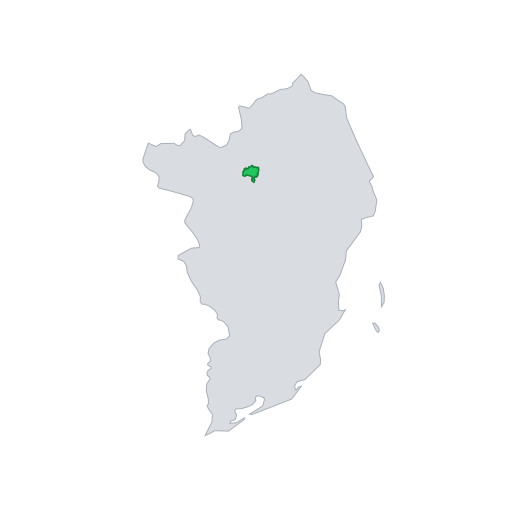 Villa de San Antonio, Comayagua, Honduras (highlighted), rotated 112°
{"feature_id": "27666195B41071058173253", "entity_name": "Villa de San Antonio", "entity_type": "district", "adm_level": 2, "iso_a3": "HND", "parent_name": "Honduras", "parent_adm1": "Comayagua", "projection": "equal_earth", "projection_center": [-87.548, 14.295], "detail": "fine", "context": "in_parent", "style": "filled", "palette": "green", "viewbox_px": 512, "rotation_deg": 112, "n_neighbors": 0, "source": "geoboundaries", "source_scale": "gbopen_adm2", "svg_char_len": 5209}
<svg xmlns="http://www.w3.org/2000/svg" viewBox="0 0 512 512"><g transform="rotate(112 256 256)"><path d="M441.5,235.9L426.1,234.7L418.9,237.2L415.7,242.7L413.0,245.3L410.7,244.7L406.1,246.9L399.2,251.8L392.9,253.7L387.3,252.5L385.7,253.7L385.3,255.4L384.5,257.0L382.3,257.8L379.8,257.4L377.0,255.6L375.5,256.3L375.4,259.6L373.9,260.5L371.0,258.9L367.8,260.1L364.2,264.0L359.2,264.8L352.7,262.6L347.6,258.4L344.1,252.2L339.8,250.6L332.4,255.2L329.3,260.6L328.6,263.9L329.3,266.9L328.0,268.9L324.5,269.9L321.9,273.5L320.1,279.8L319.8,284.7L320.9,288.2L319.1,290.7L314.6,292.3L309.3,297.8L303.1,307.1L297.0,313.5L290.9,317.2L287.9,321.3L288.1,325.8L287.8,327.2L286.6,327.7L284.6,328.3L272.8,318.6L269.4,311.8L266.5,312.8L262.8,316.2L257.6,323.9L252.0,334.3L249.3,335.5L235.3,334.0L227.9,334.9L226.4,336.3L225.7,340.1L226.1,345.2L228.2,363.6L229.3,371.2L228.2,373.5L224.4,373.9L219.5,375.0L216.9,378.4L216.2,382.0L216.0,387.0L214.4,392.1L211.4,395.9L208.4,397.2L191.7,398.2L192.0,389.6L187.2,386.2L184.4,379.1L182.1,374.3L182.8,371.4L182.6,368.0L175.8,365.4L169.5,367.4L165.8,366.1L163.1,364.3L167.7,360.0L168.1,357.5L166.6,355.6L165.1,354.4L165.5,349.6L166.5,344.0L169.0,330.9L168.1,328.6L163.8,324.7L158.5,324.3L152.5,325.5L149.7,323.5L147.2,319.0L142.9,316.8L135.4,320.4L127.5,325.9L125.1,327.8L123.1,327.6L122.2,323.5L121.8,318.7L121.3,317.5L117.1,315.8L112.1,314.6L109.6,313.2L107.2,310.0L101.3,305.8L100.0,302.6L92.1,295.4L90.5,291.9L88.7,289.3L84.9,286.0L82.0,286.8L72.0,282.7L70.5,282.3L71.9,278.7L75.0,273.1L81.9,266.9L82.5,261.9L80.7,252.3L79.0,246.1L79.9,243.3L82.1,232.1L83.8,229.5L93.7,223.8L94.6,223.1L102.5,215.1L111.2,206.3L120.2,196.7L130.3,185.8L135.9,179.5L138.5,176.8L144.3,179.0L148.8,173.9L151.5,172.2L157.7,166.0L159.6,164.7L169.9,162.2L174.9,162.3L179.3,168.5L182.7,171.9L189.2,168.9L194.7,168.3L217.3,174.1L226.3,171.5L242.8,171.0L250.2,172.4L260.6,164.2L267.3,162.6L275.2,158.8L274.2,154.8L272.3,153.1L284.3,154.8L302.2,163.1L321.3,161.6L328.2,157.1L332.6,155.8L352.2,164.4L357.4,170.9L361.4,171.6L364.5,170.1L365.4,168.7L361.5,167.3L359.7,165.2L375.2,169.3L404.4,200.2L405.0,202.7L392.5,193.6L386.0,194.3L384.3,195.8L384.7,200.8L385.3,203.1L388.1,203.4L390.2,202.0L395.3,203.7L398.7,207.0L402.9,212.1L405.4,217.6L408.0,217.7L410.6,214.4L415.6,214.0L418.8,217.7L421.1,217.5L417.8,211.7L410.3,206.0L412.1,205.7L428.7,216.0L433.5,229.0L437.4,231.9L441.5,235.9ZM246.3,124.7L236.8,131.0L233.8,130.8L238.1,126.0L245.2,121.9L251.2,119.8L256.1,120.7L246.3,124.7ZM279.0,118.0L274.5,122.7L273.6,120.6L275.8,116.3L278.5,113.8L281.2,114.1L280.6,115.9L279.0,118.0Z" fill="#d9dde1" stroke="#a8b0b8" stroke-width="1"/><path d="M173.1,286.3L173.1,286.6L173.1,286.8L173.2,286.7L173.3,286.7L173.3,286.8L173.4,287.0L173.5,287.2L173.6,287.3L173.5,287.5L173.5,287.9L173.6,288.0L173.7,288.3L173.8,288.3L173.9,288.5L173.7,288.8L173.6,289.0L173.6,289.3L173.7,289.5L173.8,289.8L173.8,290.0L173.8,290.3L174.1,290.5L174.3,290.6L174.4,290.8L174.2,291.1L173.9,291.1L173.9,291.3L173.9,291.5L174.0,291.5L174.1,291.4L174.1,291.5L174.1,291.8L174.3,291.9L174.4,292.0L174.2,292.3L174.3,292.3L174.4,292.6L174.5,292.7L174.5,292.8L174.4,292.9L174.2,292.8L174.2,293.0L174.1,293.3L174.0,293.5L173.9,293.6L173.7,293.4L173.5,293.5L173.6,293.9L173.7,294.0L175.0,294.3L175.3,294.4L176.1,295.1L176.2,295.4L176.3,295.5L176.4,295.8L176.3,296.1L177.9,296.0L178.2,297.2L178.2,297.3L178.3,297.5L178.4,297.8L178.4,298.0L178.5,297.9L178.5,298.0L178.8,298.2L178.9,298.3L179.0,298.5L179.1,298.4L179.1,298.5L179.3,298.7L179.4,298.8L179.5,298.8L179.7,299.0L179.8,299.0L179.8,298.9L180.0,298.9L180.0,299.0L180.1,298.9L180.3,298.9L180.5,298.9L180.6,299.0L180.8,299.2L181.0,299.0L181.2,298.9L181.3,298.9L181.5,298.9L181.8,298.9L181.9,299.0L182.0,299.1L182.2,299.4L182.3,299.5L182.5,299.6L183.3,299.5L183.6,298.9L186.0,298.6L186.4,297.8L186.2,296.3L186.1,296.2L185.9,296.1L185.9,295.9L185.6,295.9L185.4,295.8L185.3,295.7L185.1,295.6L184.9,295.3L184.8,295.2L184.7,295.0L184.5,294.9L184.4,294.8L184.3,294.7L184.2,294.5L184.0,291.9L183.8,289.5L183.9,289.3L183.9,289.2L184.0,289.1L184.1,288.9L184.3,288.8L184.5,288.7L184.8,288.6L185.0,288.6L185.1,288.8L185.4,288.8L185.6,288.9L185.8,288.9L185.9,288.7L186.0,288.6L186.3,288.5L186.5,288.5L186.8,288.5L186.8,288.4L187.0,288.4L187.3,288.3L187.3,288.2L187.6,288.2L187.8,288.0L187.8,287.9L188.5,285.6L186.0,285.5L185.9,285.9L185.9,286.0L185.8,285.9L185.7,285.9L185.5,286.1L185.4,286.2L185.4,286.3L185.2,286.5L184.9,286.7L184.6,286.7L184.5,286.8L184.4,286.9L184.3,287.0L184.2,287.1L183.9,287.1L183.2,286.3L182.9,286.5L182.6,286.6L182.5,286.4L182.5,286.2L182.4,286.1L182.3,285.9L182.4,285.7L182.5,285.6L182.4,285.5L182.5,285.4L182.5,285.2L182.5,284.9L181.9,284.8L180.5,284.5L180.4,284.7L180.3,284.8L180.2,284.8L180.2,285.0L180.0,284.9L179.9,284.9L179.7,284.9L179.7,285.0L179.6,285.3L179.4,285.4L179.4,285.2L179.3,284.9L179.2,284.9L178.8,285.0L178.7,285.0L178.6,284.9L178.5,285.0L178.4,285.0L178.1,285.2L178.0,285.3L177.9,285.3L177.7,285.3L177.3,285.5L177.2,285.6L175.6,285.5L175.4,285.6L175.2,285.6L175.0,285.8L174.9,285.9L174.8,286.0L174.7,286.0L174.4,286.1L174.2,286.2L173.9,286.4L173.8,286.5L173.7,286.5L173.3,286.6L173.2,286.6L173.1,286.3Z" fill="#22c55e" stroke="#15803d" stroke-width="1.5"/></g></svg>